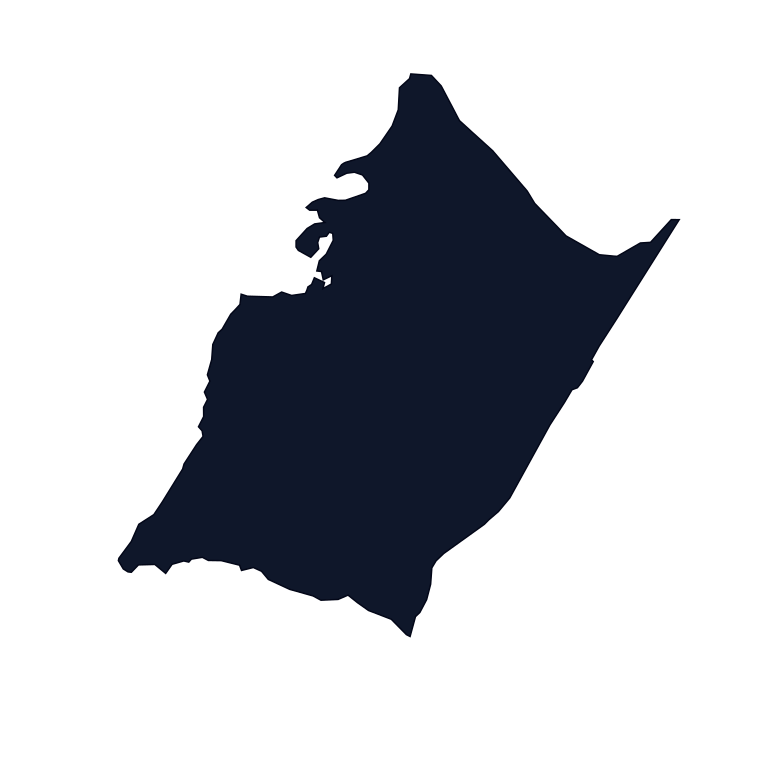 Manatí, Puerto Rico, rotated 31°
{"feature_id": "32010507B74616121786134", "entity_name": "Manatí", "entity_type": "district", "adm_level": 2, "iso_a3": "PRI", "parent_name": "Puerto Rico", "parent_adm1": "", "projection": "equal_earth", "projection_center": [-66.506, 18.418], "detail": "fine", "context": "isolated", "style": "filled", "palette": "ink", "viewbox_px": 768, "rotation_deg": 31, "n_neighbors": 0, "source": "geoboundaries", "source_scale": "gbopen_adm2", "svg_char_len": 2180}
<svg xmlns="http://www.w3.org/2000/svg" viewBox="0 0 768 768"><g transform="rotate(31 384 384)"><path d="M474.0,585.1L487.4,586.1L511.4,581.9L532.3,587.3L536.4,587.0L530.8,567.2L532.4,561.3L531.6,546.9L527.1,531.6L519.7,517.0L519.7,508.8L522.5,498.5L542.3,452.5L543.7,446.7L547.8,434.3L550.5,416.9L547.3,333.5L548.2,307.2L548.1,292.1L551.7,287.6L552.7,279.4L551.8,257.0L549.4,256.4L548.9,240.5L549.9,208.1L550.2,192.6L552.4,91.1L546.5,94.6L545.6,95.1L539.5,125.3L531.1,131.1L518.1,154.5L515.4,155.9L502.0,162.3L463.8,163.3L463.7,163.3L451.7,160.0L420.2,151.6L408.6,145.5L407.2,144.8L402.8,143.3L402.7,143.3L384.4,137.2L357.6,128.3L357.5,128.2L337.2,124.2L329.0,122.6L326.2,122.0L313.1,119.4L310.2,117.7L299.1,110.9L295.6,108.8L281.6,100.3L279.4,99.0L272.7,97.1L265.7,95.1L247.7,104.2L247.3,104.4L248.6,109.1L244.7,122.1L255.0,141.6L258.1,158.7L256.8,180.2L253.8,192.1L252.0,197.2L237.0,213.7L235.8,215.5L234.7,217.9L234.2,230.6L237.5,231.5L243.5,222.5L249.6,217.7L257.9,215.9L267.6,219.6L271.0,225.3L270.0,230.0L256.3,246.4L250.2,250.2L237.2,255.0L232.6,259.8L228.9,265.1L226.4,272.8L230.8,273.3L237.4,269.3L243.1,274.7L250.2,276.0L242.1,282.5L238.0,290.3L234.8,306.4L238.1,311.9L241.8,313.6L256.0,313.1L258.4,301.7L254.3,296.9L253.0,291.3L258.5,287.0L258.9,282.1L262.5,281.3L266.5,287.0L267.6,302.5L265.1,311.7L268.2,321.7L272.5,319.8L278.3,326.0L283.5,318.0L287.4,325.4L282.5,333.7L280.8,327.7L269.6,328.8L270.7,336.0L268.8,339.9L269.6,343.4L270.0,346.7L270.0,346.9L259.2,355.7L248.9,357.9L243.8,366.7L221.7,379.1L215.3,380.6L219.6,390.0L217.9,398.1L216.7,403.1L217.0,420.5L215.5,425.4L216.9,438.3L223.7,451.7L227.9,467.1L233.3,471.2L234.2,483.4L240.7,488.1L241.3,496.8L246.2,504.8L247.0,516.2L252.2,517.8L255.9,522.1L254.6,532.5L253.8,555.5L255.2,560.6L254.7,599.5L254.0,614.5L246.1,630.5L248.5,649.1L246.5,669.9L247.3,672.2L255.8,676.8L261.3,676.9L264.4,675.5L266.7,665.5L280.5,656.7L294.4,658.8L295.2,647.7L303.5,638.8L308.4,637.2L309.1,633.3L317.6,626.1L324.3,625.7L335.5,619.2L353.5,613.7L357.9,617.2L366.5,608.6L375.5,607.6L385.5,611.1L408.9,608.6L432.3,602.2L441.3,601.8L455.6,592.3L461.9,583.5L474.0,585.1Z" fill="#0f172a" stroke="#020617" stroke-width="1.5"/></g></svg>